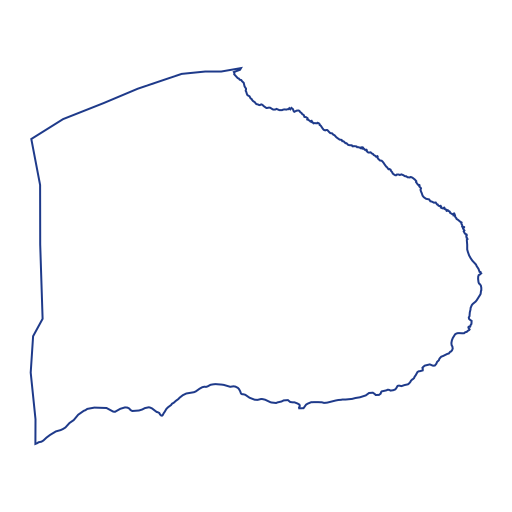 South East Ambrym, Malampa, Vanuatu (orthographic projection)
{"feature_id": "77236927B97442931027551", "entity_name": "South East Ambrym", "entity_type": "district", "adm_level": 2, "iso_a3": "VUT", "parent_name": "Vanuatu", "parent_adm1": "Malampa", "projection": "orthographic", "projection_center": [168.254, -16.302], "detail": "fine", "context": "isolated", "style": "outline", "palette": "blue", "viewbox_px": 512, "rotation_deg": 0, "n_neighbors": 0, "source": "geoboundaries", "source_scale": "gbopen_adm2", "svg_char_len": 6074}
<svg xmlns="http://www.w3.org/2000/svg" viewBox="0 0 512 512"><path d="M31.3,139.0L40.1,185.0L40.2,244.5L42.6,318.8L33.1,336.2L30.7,372.6L35.5,419.3L35.4,443.9L37.6,443.0L38.4,442.3L41.4,441.7L43.4,440.5L46.5,437.6L50.1,434.9L55.9,431.4L60.6,430.1L63.0,429.0L65.4,427.5L69.5,423.0L73.8,420.0L78.2,414.7L83.8,410.8L85.4,410.2L87.3,408.9L94.4,407.6L106.5,408.0L113.2,411.6L115.0,411.8L120.3,408.8L125.0,407.4L127.4,407.6L129.2,408.5L130.6,410.1L132.3,411.0L139.0,410.5L142.2,409.5L144.9,408.1L148.7,407.3L149.9,407.5L152.0,408.4L156.7,412.0L157.5,412.1L159.3,413.0L160.0,414.4L161.3,415.6L162.2,415.6L162.7,415.1L163.7,413.2L164.7,411.8L166.4,408.9L168.1,407.2L171.1,405.0L172.0,403.7L173.7,402.8L175.9,400.8L178.3,399.1L179.6,397.7L182.8,395.2L186.3,393.5L194.0,392.2L195.8,391.4L199.6,388.7L202.3,387.2L204.5,386.7L206.0,386.9L207.6,386.4L210.5,384.8L212.8,384.4L215.4,384.1L221.7,384.6L223.8,384.9L230.2,386.8L233.5,386.3L235.4,386.6L237.9,387.9L239.0,389.1L240.2,391.3L240.9,393.3L241.3,393.8L242.1,394.2L243.5,394.3L245.3,394.8L249.5,397.7L254.6,399.7L257.5,399.9L261.1,399.0L262.5,399.1L265.1,399.7L270.4,402.2L271.5,402.5L276.1,403.0L277.5,402.4L281.5,401.5L283.7,400.4L287.9,400.1L290.2,402.0L292.4,402.3L294.4,402.3L297.5,403.5L299.4,404.6L299.8,406.0L299.0,407.6L299.2,408.3L303.5,408.2L306.1,404.6L307.8,403.6L311.2,402.2L317.3,402.1L321.9,402.3L324.0,402.9L325.6,402.8L327.3,402.6L335.7,400.5L338.3,400.0L341.1,399.8L342.5,399.5L345.9,399.5L352.1,398.9L355.5,398.0L359.9,397.3L365.8,395.4L369.0,393.0L372.8,392.7L374.6,393.9L375.7,395.0L379.0,394.9L380.7,393.6L381.0,392.3L381.7,391.4L386.2,390.4L387.9,389.7L389.5,390.0L390.5,390.6L393.3,390.2L395.1,389.5L396.0,388.6L397.6,385.9L399.0,385.6L401.5,386.1L404.4,385.1L408.0,384.3L409.1,383.4L410.3,382.0L411.0,380.7L412.1,379.6L413.2,378.9L414.1,378.0L414.6,376.7L415.6,375.4L417.5,372.0L418.7,371.3L419.9,371.2L422.7,370.4L422.8,368.8L422.4,367.9L423.2,366.9L424.8,365.6L429.8,364.4L432.7,365.6L433.8,365.7L434.9,365.5L436.3,363.8L437.1,361.9L438.8,360.3L439.5,358.6L441.2,356.7L443.1,356.0L447.3,353.9L448.8,353.5L450.2,351.8L451.0,351.5L452.0,350.4L452.7,348.6L452.4,346.6L451.6,345.1L451.4,343.0L451.9,340.3L452.8,338.0L455.1,334.3L456.3,333.6L457.4,333.2L459.2,333.1L462.6,333.3L464.1,333.2L465.3,332.2L466.7,331.9L467.7,330.9L469.2,330.0L469.6,329.4L468.4,327.7L468.6,326.8L469.3,326.5L470.2,326.6L470.7,324.9L471.4,324.0L471.5,323.0L471.6,320.9L469.9,319.7L469.0,318.8L468.8,317.4L469.5,316.2L469.8,312.4L470.5,309.5L470.6,308.0L471.8,305.1L472.8,303.9L475.6,301.6L476.8,300.1L480.5,294.2L480.7,293.3L481.0,290.8L481.3,290.3L481.3,287.8L480.9,285.7L480.0,284.3L479.0,283.5L478.5,282.1L478.1,278.9L478.2,276.6L478.7,275.1L479.9,274.5L481.2,273.3L480.6,272.6L480.5,272.0L479.6,271.9L478.5,268.9L476.6,266.0L476.0,264.6L472.3,260.6L470.6,258.1L469.1,255.4L467.9,252.0L467.2,249.5L467.2,244.8L466.8,240.0L466.9,239.6L467.5,239.1L467.1,238.1L466.5,237.7L466.5,236.7L466.2,236.0L466.8,235.2L466.6,234.5L464.9,233.6L463.7,231.3L464.4,230.5L463.0,228.5L463.2,227.8L464.1,227.4L464.1,227.1L463.6,227.0L462.8,227.3L462.1,226.6L462.3,225.5L461.9,224.6L461.5,224.0L461.3,223.1L461.6,222.7L461.4,222.3L460.8,222.2L458.0,219.8L456.6,219.0L456.3,218.1L455.6,217.4L455.0,216.3L455.1,215.6L454.7,214.6L454.2,215.3L453.6,215.4L453.5,214.7L454.0,214.2L453.8,213.6L452.7,214.4L450.1,212.8L449.9,211.9L449.4,211.3L448.4,211.1L447.9,210.8L447.8,210.2L447.3,210.1L447.3,210.5L446.6,210.8L446.0,209.5L445.0,209.2L444.6,208.9L444.6,208.1L444.2,207.6L443.8,207.8L443.5,208.4L442.8,208.4L441.9,208.1L440.9,207.6L441.2,206.7L440.6,205.8L439.4,206.1L438.8,205.8L438.2,205.4L437.7,204.5L437.0,204.4L435.7,202.5L434.0,202.7L431.6,201.5L430.4,201.3L429.1,199.4L426.1,198.8L423.8,197.2L422.6,195.7L421.5,192.5L421.1,191.8L420.5,189.8L421.0,188.3L420.6,187.7L419.5,186.7L419.0,185.7L419.5,185.4L419.4,185.0L417.9,184.7L416.0,182.0L416.3,181.2L414.9,179.6L413.0,178.1L411.7,177.3L410.6,177.0L409.8,177.5L409.1,177.3L407.7,177.3L406.0,176.2L405.5,176.3L404.7,176.1L403.4,175.2L401.4,174.4L399.8,175.0L398.7,174.5L396.9,174.5L396.0,175.3L395.2,175.2L394.0,174.5L392.7,173.5L392.3,172.4L390.8,170.6L390.6,169.7L389.4,169.0L388.8,169.3L388.1,168.8L387.2,167.4L386.2,166.6L384.3,164.0L383.9,163.3L382.5,161.5L381.6,160.7L380.0,160.5L378.1,158.7L377.4,157.5L377.7,156.8L377.4,156.2L376.1,156.7L375.4,155.9L373.7,155.0L373.1,154.1L371.7,153.4L370.6,152.3L368.9,152.6L368.1,152.4L366.6,151.1L366.5,150.7L366.8,150.2L366.4,149.7L365.1,149.9L364.7,149.7L364.3,149.0L363.7,148.5L363.0,148.8L362.4,148.6L362.8,147.5L362.0,147.2L361.5,147.6L361.4,148.1L360.6,148.2L360.1,147.5L359.5,147.6L358.5,147.2L357.1,147.2L356.6,146.5L356.3,146.4L353.7,146.1L353.0,146.4L352.5,146.3L351.8,145.3L349.6,145.2L348.2,144.9L346.5,143.2L345.5,143.2L343.8,141.5L343.1,141.2L342.3,141.2L341.6,139.9L339.6,139.6L337.2,137.9L336.2,137.1L334.5,135.2L333.3,134.7L332.2,133.4L330.3,133.1L329.3,132.2L327.4,130.1L326.1,130.0L325.2,130.4L323.7,129.8L322.5,128.3L321.0,126.0L320.3,125.3L319.7,125.0L319.7,124.3L318.7,123.2L317.5,122.8L317.1,123.3L313.9,123.1L313.5,123.3L313.0,122.7L311.5,122.0L312.1,121.6L311.6,120.8L310.3,121.3L308.6,120.0L307.3,119.5L307.7,118.7L307.5,118.1L305.9,117.1L304.7,117.0L304.3,116.8L304.0,115.6L303.6,114.9L302.3,114.2L301.5,113.0L300.3,112.2L299.4,110.9L298.6,110.5L296.8,110.6L294.3,111.8L293.7,111.2L292.9,109.1L291.4,107.9L290.3,109.3L289.3,108.2L288.5,109.2L287.6,109.2L286.3,109.6L284.7,109.4L283.2,109.6L282.1,110.1L279.3,110.1L276.5,108.9L275.4,109.5L273.8,109.6L272.8,109.4L270.1,107.7L268.8,107.6L267.7,107.9L266.4,108.0L263.7,106.1L262.7,105.1L261.7,104.5L261.2,104.4L259.8,105.1L259.0,105.0L257.8,104.4L256.7,104.2L255.9,103.7L254.9,102.3L253.0,101.0L252.2,100.1L251.7,99.1L250.6,98.4L249.5,96.3L247.5,95.2L246.9,94.0L246.2,91.7L245.7,90.8L245.7,90.4L246.0,89.5L246.0,88.6L244.6,86.5L243.7,82.8L241.9,81.1L241.3,80.1L239.7,79.7L238.9,78.6L237.7,78.1L234.2,74.3L234.4,72.9L233.9,72.0L240.0,69.8L241.0,68.1L221.4,71.5L205.5,71.5L181.6,73.9L137.8,88.7L103.6,103.1L63.1,119.1L31.3,139.0Z" fill="none" stroke="#1e3a8a" stroke-width="2"/></svg>